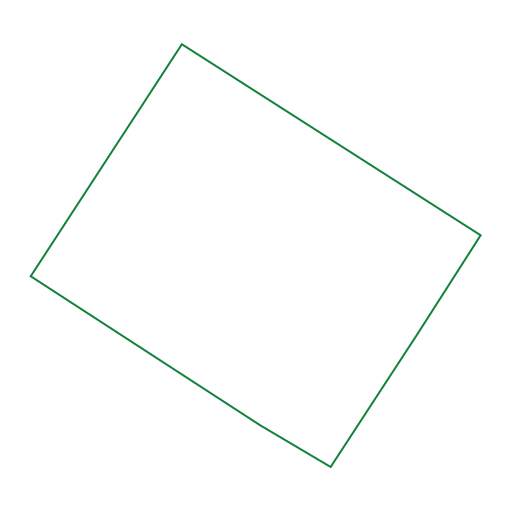 outline of Davison, South Dakota, United States of America, rotated 303°
{"feature_id": "52423323B35289781006587", "entity_name": "Davison", "entity_type": "district", "adm_level": 2, "iso_a3": "USA", "parent_name": "United States of America", "parent_adm1": "South Dakota", "projection": "equal_earth", "projection_center": [-98.192, 43.675], "detail": "fine", "context": "isolated", "style": "outline", "palette": "green", "viewbox_px": 512, "rotation_deg": 303, "n_neighbors": 0, "source": "geoboundaries", "source_scale": "gbopen_adm2", "svg_char_len": 247}
<svg xmlns="http://www.w3.org/2000/svg" viewBox="0 0 512 512"><g transform="rotate(303 256 256)"><path d="M116.3,78.1L116.3,352.0L119.7,433.5L279.3,433.9L395.7,433.1L393.2,78.5L116.3,78.1Z" fill="none" stroke="#15803d" stroke-width="2"/></g></svg>